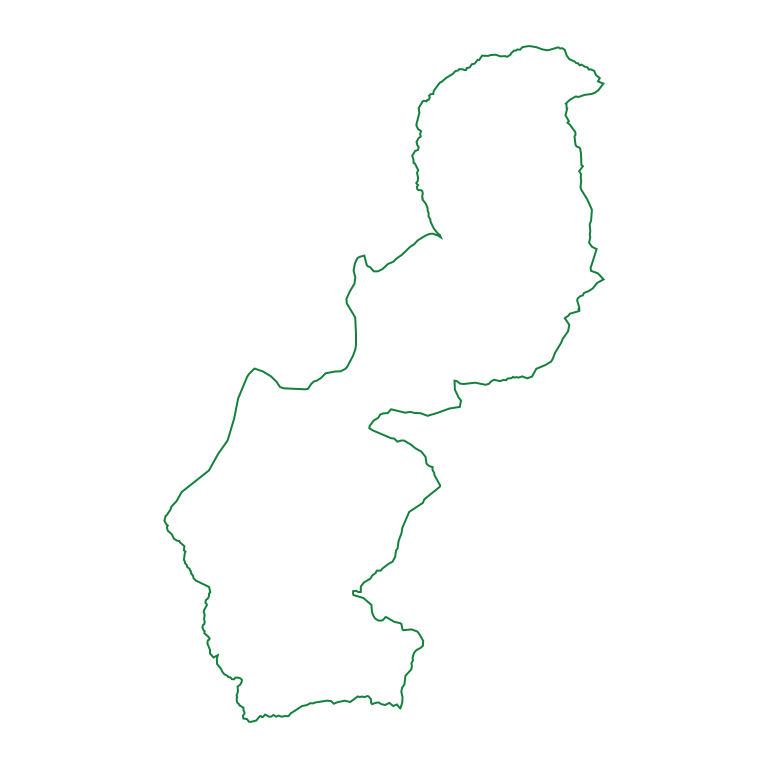 the district of Une, Cundinamarca, Colombia
{"feature_id": "7082276B23040184298460", "entity_name": "Une", "entity_type": "district", "adm_level": 2, "iso_a3": "COL", "parent_name": "Colombia", "parent_adm1": "Cundinamarca", "projection": "mercator", "projection_center": [-74.093, 4.305], "detail": "fine", "context": "isolated", "style": "outline", "palette": "green", "viewbox_px": 768, "rotation_deg": 0, "n_neighbors": 0, "source": "geoboundaries", "source_scale": "gbopen_adm2", "svg_char_len": 6045}
<svg xmlns="http://www.w3.org/2000/svg" viewBox="0 0 768 768"><path d="M459.8,406.9L461.0,400.5L458.7,397.6L454.9,389.7L454.5,380.7L456.8,381.1L460.1,383.6L463.6,384.0L475.3,382.7L485.5,384.8L488.9,383.8L491.4,381.1L494.1,379.8L499.9,381.1L503.7,379.9L506.0,380.3L507.6,378.5L511.5,378.2L512.9,376.9L514.6,377.6L516.4,377.1L518.7,377.6L522.1,376.4L527.2,378.3L532.0,376.6L536.3,368.8L545.4,365.0L551.2,361.5L552.9,358.5L555.0,352.9L561.3,342.5L562.6,339.0L568.1,331.2L569.3,324.8L564.8,318.2L568.3,315.7L569.9,313.7L579.3,311.0L579.4,310.0L578.5,309.1L579.4,308.0L577.2,300.6L577.5,298.7L580.2,296.2L582.8,295.4L584.0,292.9L588.5,291.2L592.7,288.5L597.1,282.9L603.6,279.4L598.0,273.4L591.0,270.8L590.6,268.1L596.6,249.1L592.0,246.8L589.1,242.8L590.3,236.9L589.7,234.8L590.3,231.2L589.7,224.4L591.1,220.5L591.9,209.7L587.0,198.9L581.6,190.3L580.5,187.4L581.2,181.0L580.7,176.9L581.1,174.3L579.2,171.2L582.9,166.2L581.4,164.9L581.0,153.8L580.2,148.7L579.4,147.6L576.5,146.4L575.5,144.6L574.5,136.6L575.5,134.7L575.3,132.1L569.7,124.5L567.5,122.7L568.9,121.2L565.5,115.4L567.2,108.5L566.7,108.4L566.4,104.1L565.8,103.7L569.6,100.0L575.6,96.5L578.8,96.9L584.5,94.9L591.5,94.0L594.5,92.9L598.2,90.4L603.4,83.6L598.0,81.4L599.8,78.1L595.9,75.0L594.2,70.9L590.7,69.3L588.8,69.6L587.4,67.3L584.4,66.5L581.6,64.6L579.6,65.3L578.2,63.4L576.1,63.0L574.7,61.6L569.3,59.1L566.8,55.7L564.6,49.6L562.2,48.2L560.1,48.5L558.8,47.5L557.6,47.5L548.7,50.1L546.8,50.2L542.0,49.3L536.4,47.2L529.8,46.1L527.2,46.3L522.5,47.1L520.1,49.7L517.2,49.5L515.8,50.6L514.0,50.6L511.1,53.3L510.5,54.7L507.1,56.8L505.1,56.1L500.7,56.4L495.5,54.7L490.4,55.1L488.2,55.9L482.0,55.7L479.3,59.9L477.7,59.8L474.6,63.7L471.9,64.2L469.6,67.5L466.6,68.1L466.3,69.8L465.1,70.2L462.6,69.3L459.2,69.1L458.2,70.4L455.4,71.1L452.5,74.1L446.0,78.0L441.7,81.8L439.7,82.8L433.8,90.8L433.2,94.0L430.5,94.3L429.1,95.7L429.8,97.5L428.8,99.7L427.3,99.9L426.6,101.4L424.1,100.8L422.8,101.2L418.7,108.0L419.4,112.6L416.5,124.0L416.4,125.5L418.1,129.1L421.0,131.1L420.2,133.9L420.7,136.6L418.6,138.1L416.5,142.0L417.4,145.3L418.7,147.0L418.5,148.3L417.7,150.1L415.2,150.9L412.2,155.7L413.5,159.7L413.6,163.0L414.9,163.5L418.2,170.2L417.0,173.0L418.1,177.5L417.7,181.1L416.4,182.6L416.4,183.4L418.2,185.1L416.8,186.9L417.2,188.8L418.3,190.1L421.3,190.2L422.3,191.3L422.8,193.2L422.1,197.1L422.7,198.2L422.5,199.5L425.8,203.8L427.5,207.7L427.7,210.7L428.7,213.4L428.5,216.3L430.3,219.4L430.6,221.9L433.8,228.4L437.3,233.0L440.0,235.2L440.9,237.4L437.8,235.4L432.6,233.7L429.6,233.9L425.7,235.5L417.7,240.4L414.4,244.0L410.2,246.8L402.0,254.7L396.2,258.8L393.6,261.6L387.8,264.1L382.6,269.0L378.0,271.3L373.7,271.3L370.1,267.1L367.6,266.2L366.6,264.5L364.3,255.6L359.4,256.9L357.3,258.3L354.9,263.6L353.6,270.5L355.3,277.6L354.5,283.5L349.6,291.9L346.4,299.0L346.8,303.4L355.2,317.4L356.0,333.4L356.0,344.5L355.3,349.5L353.0,355.8L347.4,366.5L345.6,368.7L340.7,371.3L335.2,371.5L325.6,373.3L321.0,378.0L317.0,380.5L313.6,381.6L311.1,384.1L307.9,388.9L305.3,389.3L283.6,388.3L279.9,386.9L276.5,381.7L270.8,376.2L262.8,371.4L254.6,368.6L253.9,369.1L248.8,374.2L247.1,376.9L238.2,398.3L234.1,418.7L227.6,440.5L218.1,453.9L209.0,470.4L181.6,492.1L176.6,501.1L171.5,506.5L170.3,509.9L166.7,515.2L165.6,516.0L164.4,520.7L166.3,524.3L167.8,525.5L166.9,527.1L167.7,530.6L171.8,534.3L174.0,538.8L177.1,540.7L179.3,541.0L180.1,542.5L184.4,546.2L183.9,550.3L185.5,551.7L184.8,553.1L183.9,560.0L184.9,561.4L184.8,562.9L186.9,565.3L187.2,567.0L189.7,568.9L189.9,570.4L190.9,571.2L190.9,573.1L193.0,575.8L193.6,578.4L195.9,580.6L209.1,587.0L210.3,592.3L209.1,593.5L208.9,596.4L207.9,598.4L205.9,600.2L205.5,601.8L205.5,603.0L206.7,604.1L206.9,605.0L204.0,610.3L203.7,612.0L204.7,614.8L204.1,619.0L204.7,622.1L204.3,624.0L202.9,625.2L202.4,627.3L203.7,630.5L204.7,631.2L204.3,633.2L208.3,636.7L209.6,638.7L209.1,639.7L207.8,640.4L207.4,643.6L210.0,649.9L210.0,653.5L213.5,657.5L217.8,655.2L216.8,659.0L217.1,664.0L221.1,669.0L222.4,671.9L224.3,674.2L227.4,675.8L228.1,676.9L230.5,677.5L231.8,679.1L234.1,679.3L235.3,677.7L237.9,677.6L240.6,678.5L241.9,679.9L241.7,681.9L240.0,684.9L237.6,686.5L238.0,691.3L236.6,695.6L237.2,697.4L236.7,698.1L236.7,700.1L237.1,702.4L239.3,704.5L239.4,705.3L243.4,707.7L243.5,710.2L244.5,712.4L244.3,713.9L242.9,715.6L243.4,718.5L247.0,719.1L248.9,721.7L250.7,721.9L256.3,720.5L259.8,716.2L260.8,716.0L261.7,717.0L263.0,716.9L265.1,714.6L269.1,716.7L271.2,716.6L273.6,715.0L276.2,716.7L278.4,715.6L281.8,716.7L284.2,716.1L288.4,716.2L290.8,713.3L302.2,706.0L306.9,705.1L310.3,703.2L313.1,703.4L315.2,702.5L326.9,700.7L330.9,701.0L333.9,703.7L337.3,702.3L344.6,700.7L350.2,702.0L357.7,696.5L360.1,697.0L362.0,696.5L364.1,697.1L367.4,696.1L368.6,696.4L370.9,699.1L371.0,702.5L372.0,704.1L376.7,702.6L378.8,702.5L381.2,704.1L385.1,705.0L389.3,702.9L393.2,706.0L396.9,704.5L399.5,707.8L400.2,708.4L400.5,708.0L402.3,702.4L402.5,697.0L401.3,691.9L402.1,687.7L404.4,684.4L405.5,675.7L411.3,669.4L411.9,665.9L411.4,663.3L412.9,660.6L412.6,657.5L414.1,652.8L416.3,650.2L420.7,647.8L422.9,645.7L423.2,640.9L419.0,633.6L417.1,631.4L411.5,629.4L403.2,630.2L402.4,629.1L401.4,624.0L400.3,623.2L394.2,621.8L386.2,617.1L385.4,617.2L382.8,620.2L381.4,620.6L378.5,620.6L375.2,618.6L373.3,615.6L372.0,612.0L371.4,604.9L363.4,598.0L353.6,595.1L353.1,594.1L353.1,591.2L356.1,590.8L358.2,592.0L360.8,592.0L360.8,586.6L363.8,582.5L370.2,578.8L372.3,575.5L375.6,573.0L376.8,570.7L380.9,570.5L382.1,568.8L387.9,564.3L392.5,561.7L395.2,556.8L396.0,550.5L397.6,548.5L398.6,541.0L401.6,532.8L402.3,527.9L409.2,511.9L422.8,502.9L424.4,499.2L439.3,487.2L439.9,486.6L440.0,485.2L434.6,475.5L434.1,472.7L432.5,469.9L432.6,467.1L429.2,466.1L426.5,463.7L425.5,456.8L421.3,451.6L415.1,448.1L411.5,445.0L404.0,440.5L401.4,440.5L397.2,441.7L394.5,438.7L390.8,438.1L373.2,430.6L369.3,428.2L369.6,426.1L373.7,420.5L378.2,417.8L380.3,414.5L383.3,413.4L387.7,413.1L391.1,409.3L405.1,412.7L410.3,411.9L414.3,412.9L420.5,413.2L427.5,415.8L436.8,413.1L449.5,408.5L459.8,406.9Z" fill="none" stroke="#15803d" stroke-width="2"/></svg>